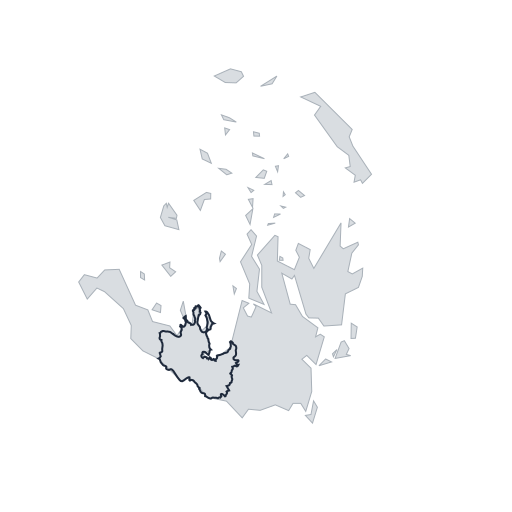 where Kentriki Makedonia sits in Greece, rotated 229°
{"feature_id": "GRC-2991", "entity_name": "Kentriki Makedonia", "entity_type": "Region", "adm_level": 1, "iso_a3": "GRC", "parent_name": "Greece", "parent_adm1": "", "projection": "robinson", "projection_center": [23.042, 40.656], "detail": "fine", "context": "in_parent", "style": "outline", "palette": "slate", "viewbox_px": 512, "rotation_deg": 229, "n_neighbors": 0, "source": "natural_earth", "source_scale": "10m", "svg_char_len": 9707}
<svg xmlns="http://www.w3.org/2000/svg" viewBox="0 0 512 512"><g transform="rotate(229 256 256)"><path d="M334.2,100.4L352.7,105.1L354.5,114.2L343.6,121.6L344.7,132.7L335.7,144.0L297.9,132.8L286.3,139.0L274.4,134.9L259.7,145.1L247.7,144.1L251.7,159.1L264.7,163.3L269.6,171.5L253.4,161.8L246.5,163.2L255.5,173.0L254.8,179.8L244.1,168.0L235.2,166.2L235.4,173.0L244.5,180.1L234.0,178.7L230.9,168.3L215.2,160.0L216.2,151.2L205.2,155.6L203.8,176.6L231.5,216.3L225.0,219.6L225.2,212.4L216.2,210.2L213.0,212.4L214.8,216.5L217.8,222.9L221.6,222.6L202.8,230.4L228.7,239.9L245.1,254.2L255.8,257.7L259.2,283.8L256.1,285.3L238.2,268.8L220.5,276.0L226.6,287.9L234.2,289.8L237.7,296.2L225.3,301.1L219.7,294.3L208.7,291.5L225.2,341.9L208.3,326.0L204.2,326.6L199.6,341.9L197.2,340.6L195.3,330.2L184.0,315.1L179.3,316.9L176.8,328.6L170.9,322.8L165.1,312.7L168.8,298.6L147.9,275.4L158.6,261.3L168.2,262.3L174.6,255.3L179.4,255.6L216.1,272.3L215.1,268.0L226.1,264.2L197.2,250.2L193.3,253.9L179.9,251.4L161.2,255.6L155.9,247.9L154.8,253.2L150.2,254.5L134.7,230.1L147.7,229.1L148.0,222.9L135.2,223.9L117.2,209.2L106.1,191.6L115.4,193.1L120.5,187.3L117.9,179.2L131.0,172.9L136.8,157.9L145.3,149.8L142.9,139.4L165.8,138.5L181.5,126.6L200.2,127.1L208.9,124.4L211.1,117.4L242.9,114.9L258.6,108.4L275.8,107.3L285.4,116.3L303.3,121.4L328.4,118.3L336.2,114.9L334.2,100.4ZM251.8,383.9L263.9,381.2L261.7,385.8L271.1,392.1L285.2,389.0L324.0,392.6L326.5,403.0L346.7,394.1L340.9,407.8L288.4,411.6L284.8,404.5L275.4,401.2L241.9,396.8L241.0,384.0L244.9,384.9L247.4,378.4L251.8,383.9ZM228.9,222.9L239.0,232.9L261.8,240.5L267.5,260.3L278.4,263.6L279.1,269.5L270.7,269.5L258.6,252.4L243.8,250.0L228.7,233.5L214.2,230.3L228.9,222.9ZM347.8,209.1L354.3,219.3L354.6,222.9L351.0,220.9L353.2,224.6L338.6,223.1L336.6,220.6L342.8,215.2L335.2,219.9L326.5,215.1L338.6,207.1L347.8,209.1ZM404.7,365.8L399.8,364.5L399.7,354.6L407.1,346.6L419.2,342.6L414.0,359.5L404.7,365.8ZM336.5,260.3L332.9,262.9L328.8,259.2L332.5,254.1L326.9,243.9L338.8,245.5L336.5,260.3ZM126.8,248.5L135.2,263.8L134.1,267.1L125.1,265.5L122.5,259.6L118.7,262.1L126.8,248.5ZM108.9,204.4L101.6,203.1L92.8,189.0L103.3,188.7L100.3,193.5L108.9,204.4ZM310.9,179.0L307.9,187.1L303.8,183.1L296.8,185.0L296.6,178.3L310.9,179.0ZM364.5,279.1L373.3,283.8L365.4,286.8L355.3,283.1L364.5,279.1ZM285.7,150.1L280.9,151.8L276.0,146.8L283.6,142.3L285.7,150.1ZM131.4,273.6L142.8,283.8L136.1,285.8L128.7,277.1L131.4,273.6ZM316.2,318.0L312.9,319.7L309.2,313.2L315.4,307.4L316.2,318.0ZM293.4,274.8L293.7,284.6L283.7,272.2L293.4,274.8ZM381.1,370.8L378.1,389.8L375.4,381.1L381.1,370.8ZM132.6,241.0L126.5,243.5L131.9,231.5L132.6,241.0ZM222.8,351.2L215.7,352.4L217.2,344.8L222.8,351.2ZM370.0,329.0L380.0,321.1L385.2,322.5L377.6,326.7L370.0,329.0ZM334.4,292.1L336.5,287.2L346.6,285.4L341.1,290.3L334.4,292.1ZM304.3,309.6L303.0,316.9L299.4,314.9L304.3,309.6ZM303.8,287.4L301.2,291.4L295.0,285.3L303.8,287.4ZM282.5,233.1L277.4,234.1L275.3,225.2L278.3,227.0L282.5,233.1ZM320.0,158.7L315.7,159.9L311.0,156.2L315.5,154.7L320.0,158.7ZM277.8,327.3L277.6,331.0L269.8,332.3L271.0,328.2L277.8,327.3ZM336.1,320.9L323.9,326.2L333.6,319.3L336.1,320.9ZM272.4,286.6L268.2,292.1L271.6,285.0L272.4,286.6ZM312.9,294.8L307.0,297.4L307.1,293.9L312.9,294.8ZM351.4,335.6L346.5,339.0L344.1,337.3L347.9,333.1L351.4,335.6ZM373.2,316.4L368.7,319.0L367.4,312.4L373.2,316.4ZM275.5,297.7L271.6,302.0L273.6,294.6L275.5,297.7ZM132.0,249.6L132.3,255.7L129.1,248.3L132.0,249.6ZM311.0,329.5L309.4,332.2L305.4,327.6L311.0,329.5ZM248.6,219.0L244.3,219.9L241.6,214.7L248.6,219.0ZM240.0,273.8L236.9,274.9L235.0,273.6L237.5,270.8L240.0,273.8ZM277.4,307.6L273.4,310.4L274.0,307.9L277.4,307.6ZM311.2,340.7L312.3,346.9L309.8,346.0L311.2,340.7ZM286.4,318.8L283.1,318.3L283.2,315.5L286.4,318.8Z" fill="#d9dde1" stroke="#a8b0b8" stroke-width="1"/><path d="M212.6,117.0L216.0,117.2L223.4,118.2L225.0,118.1L225.9,117.9L226.3,117.6L226.6,117.3L226.8,116.9L226.9,116.0L227.0,115.7L227.5,115.2L228.4,114.7L229.2,114.4L229.9,114.3L230.6,114.8L230.9,115.3L231.3,115.7L232.1,115.6L232.8,115.2L233.9,114.5L234.6,114.3L238.3,114.4L240.8,115.5L242.0,115.6L242.5,115.3L242.3,116.3L242.8,118.3L246.0,119.7L246.0,120.4L245.6,120.9L245.4,122.1L245.6,122.8L247.4,124.2L249.7,126.8L251.6,128.1L253.6,128.6L254.7,129.6L255.4,129.0L256.1,128.9L256.8,129.0L257.5,129.5L258.3,130.9L260.1,132.3L261.0,132.7L260.7,133.3L261.1,134.6L261.0,135.3L260.6,135.8L260.6,136.4L260.1,137.0L258.0,138.5L257.2,139.6L255.2,141.2L254.5,141.5L251.3,142.2L251.2,142.5L250.7,142.4L249.5,142.6L247.4,143.4L246.6,143.9L245.8,144.5L245.3,145.3L245.1,146.5L245.4,147.5L246.1,148.1L246.9,148.4L247.5,148.7L248.1,149.6L248.6,150.5L248.9,151.4L249.1,151.4L250.4,152.5L250.9,152.6L251.5,152.7L252.1,152.6L252.5,152.5L252.7,153.0L253.5,153.6L253.5,154.0L253.2,154.2L250.6,154.5L250.0,155.1L249.9,155.9L250.2,157.2L251.7,159.3L252.1,159.7L253.3,160.2L253.5,160.4L254.9,160.8L255.3,160.9L255.8,160.7L256.8,160.6L256.9,161.8L256.9,162.6L256.9,163.2L256.8,163.6L256.5,163.4L255.1,162.1L254.3,161.6L253.8,161.4L252.4,161.6L251.0,161.2L250.4,161.2L248.5,162.1L247.7,162.3L246.6,161.8L246.5,162.1L246.2,162.5L245.4,163.3L245.2,164.1L245.3,164.9L245.9,166.3L246.1,166.6L246.3,166.9L247.6,167.7L247.9,168.4L248.4,169.0L248.9,169.3L249.2,169.2L251.8,170.3L252.2,170.2L252.8,170.4L253.5,170.9L254.0,171.4L254.5,171.8L256.0,172.3L256.4,172.8L256.4,173.2L255.9,173.6L255.9,174.1L256.1,174.4L256.8,174.8L256.9,175.2L256.8,175.6L256.5,175.6L256.3,175.6L256.2,175.8L256.3,176.3L256.5,176.5L256.8,176.5L257.2,176.2L257.2,176.7L257.2,177.0L257.3,177.3L257.5,177.5L256.5,178.3L256.3,178.7L256.7,179.1L256.7,179.4L256.0,179.4L255.6,179.7L255.7,180.0L256.4,180.0L256.4,180.4L254.5,180.4L253.7,180.3L253.9,179.7L253.9,179.4L253.6,179.4L253.3,179.6L253.0,179.6L252.9,179.3L253.1,178.8L251.8,178.1L251.5,178.0L251.3,177.5L250.9,177.1L250.4,177.0L250.1,177.2L250.1,177.5L250.2,177.8L248.8,175.7L248.7,175.2L248.9,174.4L249.0,174.0L248.8,173.7L248.4,173.6L248.2,173.2L248.0,172.8L247.9,172.5L244.5,168.3L243.3,167.5L242.5,167.3L239.4,167.1L237.3,165.9L235.6,165.5L234.1,165.5L232.8,166.3L231.9,167.8L231.8,168.7L232.1,169.5L232.5,170.2L232.7,171.1L232.8,171.4L233.1,171.5L233.9,171.6L234.2,171.7L234.4,171.9L234.8,172.5L236.8,175.2L237.9,176.3L241.8,178.3L244.4,178.9L244.5,179.2L244.5,179.6L244.6,180.0L244.9,180.6L245.4,181.0L246.0,181.2L246.8,181.3L247.3,181.4L247.0,181.8L246.3,182.1L245.6,182.3L242.3,181.8L236.9,179.5L235.9,179.4L233.1,179.8L232.7,180.0L232.9,179.5L233.4,178.6L233.5,178.1L233.4,177.7L232.8,177.0L232.7,176.7L232.4,175.6L231.7,174.8L231.0,174.2L230.6,173.5L231.2,172.0L231.3,170.2L231.1,168.6L230.4,167.5L228.9,166.7L228.0,166.4L226.6,166.1L226.0,165.7L225.4,165.5L224.7,165.6L222.8,164.3L222.4,164.2L222.0,163.9L221.1,163.7L220.2,163.4L219.5,162.2L217.8,160.9L217.1,160.6L216.4,160.5L214.9,160.6L215.3,159.9L215.0,159.1L213.9,157.8L214.0,157.7L212.8,156.0L212.4,155.3L213.3,155.0L215.7,154.8L216.9,154.6L217.5,154.2L217.7,153.8L218.2,153.5L218.5,153.0L218.3,152.2L217.4,151.6L217.1,151.5L217.0,151.4L217.0,151.1L217.2,150.6L216.7,149.4L215.8,148.8L214.8,148.7L213.7,149.0L213.9,149.9L213.8,150.6L213.5,151.1L213.1,151.5L212.6,151.8L212.2,152.1L211.5,152.2L211.2,152.1L210.8,151.8L210.1,152.3L209.6,152.9L209.5,153.5L209.8,154.3L209.5,154.3L209.3,154.0L209.3,154.7L209.0,154.7L209.0,154.3L208.7,154.3L208.6,154.9L208.3,154.9L207.9,154.6L207.5,154.3L207.4,154.1L206.9,154.2L206.3,154.6L206.2,155.2L207.0,155.6L206.6,155.6L206.4,155.7L206.2,156.0L206.2,156.4L206.0,156.6L205.7,156.5L205.1,156.2L204.2,156.2L203.8,156.4L203.3,156.8L203.9,157.3L204.3,157.9L204.4,158.7L204.4,159.3L204.8,159.7L205.2,160.3L205.6,160.7L206.3,160.9L206.4,161.4L205.9,162.4L204.9,164.1L203.7,167.2L203.8,167.7L202.3,170.6L202.2,171.7L202.5,172.4L202.9,173.2L203.1,174.2L202.9,175.3L203.0,175.8L203.5,176.0L204.1,177.5L206.1,179.1L206.4,179.2L206.6,179.4L207.5,179.7L207.7,179.9L207.8,180.0L208.1,180.0L208.2,181.0L207.8,181.3L205.8,181.6L205.3,181.1L204.6,181.0L201.6,181.8L200.2,181.3L199.0,180.3L198.2,178.9L195.7,177.2L194.5,176.0L194.1,174.7L194.2,172.7L193.9,172.1L192.7,171.4L191.1,171.9L190.5,172.4L189.7,173.5L188.9,174.2L188.3,174.0L188.0,173.3L188.1,172.6L188.0,171.9L188.4,171.3L188.5,170.7L186.5,170.3L185.8,170.7L185.4,171.3L185.1,170.6L185.0,169.7L185.3,169.0L186.8,168.3L187.3,167.8L187.4,166.4L188.0,165.4L186.2,164.6L185.8,163.9L185.6,162.7L184.4,161.3L184.2,160.7L184.4,160.1L184.1,159.4L182.0,159.7L181.4,159.4L181.3,158.7L180.1,157.9L178.7,157.4L178.2,156.8L177.4,155.3L176.8,154.8L176.7,154.2L177.2,153.0L176.2,151.7L176.2,150.5L177.1,148.5L176.3,148.5L175.7,148.1L175.0,148.1L173.4,147.7L172.8,147.7L172.1,147.5L173.0,145.5L173.0,144.8L171.7,144.4L171.3,143.7L170.7,141.6L170.2,141.0L170.4,140.5L171.8,140.5L173.2,140.2L173.9,140.0L174.6,139.4L174.7,138.8L174.1,138.2L172.8,137.7L172.6,136.1L172.9,136.0L173.4,135.6L173.5,135.0L173.5,134.6L173.6,134.2L174.0,133.7L175.4,132.8L175.9,132.0L177.3,130.8L177.8,130.1L177.8,129.7L177.9,128.8L178.0,128.4L178.3,128.1L179.3,127.4L180.4,126.9L182.8,126.2L183.0,126.1L183.4,125.7L183.6,125.6L183.8,125.7L183.9,125.9L184.0,126.1L184.1,126.3L185.3,126.9L185.6,127.0L186.4,126.7L187.7,125.6L188.6,125.2L189.4,125.2L190.2,125.2L191.6,125.7L192.7,125.8L193.1,125.9L193.2,126.1L193.2,126.7L193.3,126.8L193.5,126.9L193.8,126.7L194.5,126.6L195.5,126.5L196.0,126.5L196.3,126.7L197.1,127.1L197.5,127.3L198.6,127.3L199.2,127.3L199.7,127.2L200.5,127.0L201.1,127.0L202.3,127.1L203.1,127.1L203.8,126.8L204.5,126.3L205.1,125.6L205.2,125.2L205.2,124.8L205.3,124.4L205.9,124.3L206.3,124.4L206.5,124.7L206.7,125.0L207.0,125.4L207.6,125.9L208.1,126.2L208.5,125.9L208.9,125.0L209.3,123.2L209.5,119.6L209.9,118.1L211.0,117.2L212.6,117.0Z" fill="none" stroke="#1e293b" stroke-width="2"/></g></svg>